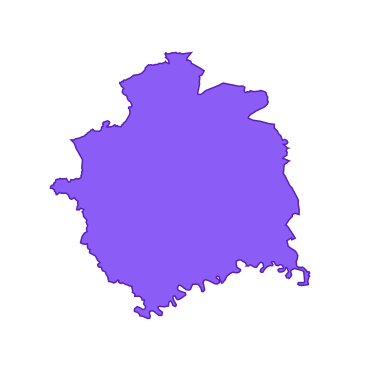 the district of Tepalcatepec, Michoacán, Mexico, rotated 106°
{"feature_id": "50627088B49343756541823", "entity_name": "Tepalcatepec", "entity_type": "district", "adm_level": 2, "iso_a3": "MEX", "parent_name": "Mexico", "parent_adm1": "Michoacán", "projection": "natural_earth1", "projection_center": [-102.812, 19.079], "detail": "fine", "context": "isolated", "style": "filled", "palette": "violet", "viewbox_px": 384, "rotation_deg": 106, "n_neighbors": 0, "source": "geoboundaries", "source_scale": "gbopen_adm2", "svg_char_len": 6000}
<svg xmlns="http://www.w3.org/2000/svg" viewBox="0 0 384 384"><g transform="rotate(106 192 192)"><path d="M76.4,148.0L75.6,149.6L75.5,154.1L76.8,156.0L78.6,160.7L78.5,164.0L79.8,164.1L80.4,166.6L81.5,167.2L81.5,168.7L81.0,169.2L79.2,170.0L77.0,170.0L76.2,171.7L76.5,174.0L77.1,174.6L77.5,176.7L78.7,192.1L82.6,196.2L90.7,206.7L95.2,209.8L96.1,211.0L96.3,213.4L95.5,213.8L86.1,214.5L83.9,215.4L80.2,215.9L78.9,217.1L76.6,214.6L72.2,213.7L70.8,218.1L68.5,227.8L66.7,229.3L66.2,232.2L66.9,233.0L66.6,233.5L64.4,233.7L58.3,231.1L62.2,240.0L61.6,242.1L62.3,242.5L62.7,244.8L62.3,245.6L62.5,246.6L63.2,247.4L63.5,249.4L64.7,250.7L66.1,253.9L65.4,255.4L66.8,256.0L68.5,254.1L70.1,254.5L70.5,252.3L71.5,251.7L71.6,250.9L74.6,249.6L75.0,248.9L74.6,252.7L73.9,253.3L74.6,253.5L76.0,255.5L76.7,255.6L77.4,259.1L78.7,259.9L79.9,263.2L80.9,264.1L81.0,266.8L81.8,267.8L81.7,268.9L85.6,271.1L87.3,270.7L91.5,272.9L94.0,275.9L95.9,280.4L99.9,283.1L100.3,284.2L102.9,286.7L103.1,288.2L103.9,288.8L104.9,288.5L105.1,289.8L106.4,290.6L106.7,291.6L107.9,291.1L108.4,290.1L109.6,289.3L111.4,286.1L113.0,286.7L115.2,286.6L116.5,285.2L117.8,280.9L120.1,279.8L121.5,278.3L122.4,275.8L125.3,273.5L126.9,273.8L127.7,276.0L128.2,276.2L129.0,276.1L129.5,275.1L131.2,274.1L133.9,273.2L135.3,273.4L142.2,275.1L144.9,276.9L146.0,277.0L146.7,277.7L148.9,278.3L149.3,281.4L148.8,282.0L149.9,283.4L148.8,284.1L148.9,285.2L150.3,285.9L152.2,288.8L152.3,290.4L153.0,291.7L152.2,291.8L150.7,290.8L148.0,290.2L147.3,290.8L146.8,292.6L149.4,296.4L150.8,296.7L153.1,295.5L154.7,296.9L156.1,296.4L157.9,296.7L159.3,298.2L160.2,302.3L159.1,304.6L159.6,304.7L160.2,306.1L161.7,306.6L164.1,308.8L165.1,308.9L166.6,310.3L167.9,310.8L169.7,313.5L170.8,314.5L173.0,318.6L174.3,319.6L175.3,322.6L177.4,318.8L182.2,315.2L191.2,306.1L199.4,304.6L201.6,302.9L202.7,303.7L204.6,302.9L206.6,303.2L208.6,302.7L209.3,303.0L211.0,305.3L210.8,306.8L213.1,309.4L213.5,311.9L216.1,312.0L216.4,313.6L213.7,316.5L215.5,321.2L215.3,322.7L216.1,323.2L216.9,325.1L217.8,326.2L220.6,326.1L221.3,327.2L223.6,327.0L224.0,328.3L225.6,329.4L227.2,329.2L227.4,328.6L226.8,326.4L227.6,326.1L227.9,324.9L229.3,324.3L229.9,322.9L231.9,321.9L231.9,321.2L228.9,319.1L229.2,317.1L227.8,312.6L228.9,310.2L231.9,307.6L232.2,305.8L229.9,303.2L231.2,302.0L232.3,299.0L234.3,298.8L236.2,297.8L237.6,298.3L240.8,298.0L240.2,295.2L238.4,294.9L238.5,291.4L239.5,291.2L241.4,292.1L242.6,290.7L245.5,289.5L247.9,285.3L250.1,285.4L251.7,284.4L252.6,283.1L256.8,283.2L259.0,281.8L261.1,284.0L265.4,285.4L271.5,285.2L272.0,283.1L271.6,279.5L270.6,278.8L270.8,278.1L274.3,277.1L275.1,276.1L275.5,274.2L278.6,273.8L280.1,267.1L283.5,264.1L285.2,260.9L287.5,262.6L288.4,262.5L289.8,261.0L289.5,258.2L291.7,257.0L292.3,256.1L292.8,253.0L294.9,251.8L296.5,249.8L301.0,247.4L300.6,245.1L301.0,241.9L299.1,240.1L297.5,239.5L297.0,238.7L297.3,237.9L298.7,237.9L299.4,236.4L299.4,234.8L298.3,233.4L299.2,230.3L298.9,228.3L299.5,227.1L299.2,223.6L300.6,223.4L303.5,221.7L304.7,221.7L305.9,218.8L308.0,218.3L306.7,213.7L307.5,211.4L309.6,210.2L309.0,207.9L313.0,207.6L315.1,204.8L317.4,205.0L318.6,207.1L317.8,209.3L317.3,213.0L319.5,214.7L321.1,215.0L322.6,214.3L322.7,210.9L324.5,208.3L325.4,207.9L325.0,205.8L325.7,199.6L325.3,198.3L324.7,197.8L322.6,198.0L320.8,199.3L319.1,199.8L318.1,199.3L317.2,197.7L317.2,195.8L319.8,189.7L318.9,187.1L315.8,187.3L313.9,191.7L312.1,193.1L310.8,191.7L310.1,187.2L308.1,183.2L305.2,183.8L303.9,183.7L303.0,183.1L302.7,182.3L303.5,181.1L306.1,179.2L306.8,176.7L306.0,176.0L305.0,176.0L304.2,176.5L301.2,179.6L298.8,181.3L297.2,181.3L296.7,179.5L299.1,177.3L299.4,175.7L297.3,173.3L292.6,169.6L290.9,170.6L290.4,177.4L289.7,178.8L287.7,179.6L285.6,179.1L284.9,178.2L285.0,176.9L287.5,170.9L287.0,167.9L286.2,166.7L280.6,166.0L279.0,161.2L279.6,159.8L282.1,156.8L284.9,155.2L284.9,154.4L284.4,153.5L282.6,152.9L275.9,156.4L274.3,156.2L272.9,155.3L272.5,154.5L272.7,150.7L273.8,145.2L273.8,143.6L273.1,141.9L271.9,140.9L269.7,140.9L267.9,144.7L267.2,145.3L265.8,144.4L266.1,142.5L271.2,138.8L271.4,138.4L270.9,137.6L267.3,135.9L263.3,135.4L259.7,132.7L257.9,130.8L257.3,126.6L256.2,124.8L254.3,123.7L253.2,124.0L252.0,128.2L247.4,130.3L246.0,130.1L243.9,127.4L243.9,126.3L245.3,121.2L246.6,119.7L247.5,119.2L248.1,119.5L247.6,117.3L246.2,116.3L245.9,115.6L247.0,111.5L246.5,109.2L241.8,107.6L240.6,106.3L240.5,105.1L241.5,103.8L244.2,102.5L247.3,104.5L249.3,104.6L250.0,103.6L249.9,102.4L249.5,101.8L246.3,101.0L243.2,99.2L241.0,96.6L240.9,94.8L240.5,94.2L239.3,94.3L237.7,96.4L237.2,96.3L236.3,94.0L239.1,91.3L239.2,88.9L237.6,87.6L237.4,86.7L237.5,85.4L238.6,83.7L239.7,83.4L240.6,83.9L241.6,86.9L242.9,87.9L244.0,87.4L244.8,86.2L244.5,84.7L243.1,82.1L240.5,80.9L238.9,81.1L238.5,80.4L238.8,79.5L242.2,77.2L246.6,79.0L248.4,77.1L248.0,75.6L248.4,75.1L247.0,74.0L244.7,73.4L243.7,73.6L241.7,75.1L240.1,75.2L238.8,74.2L237.3,72.5L237.1,64.9L237.6,62.7L247.3,58.9L248.4,59.9L249.7,64.7L251.4,64.9L252.1,63.1L251.6,60.8L249.1,54.8L248.6,54.6L246.0,56.1L241.7,56.3L240.4,55.8L239.9,57.2L237.7,56.6L236.7,57.0L236.6,58.2L237.1,59.3L236.1,60.2L234.4,63.0L233.8,65.3L234.6,66.4L234.6,67.9L235.3,68.3L234.2,71.1L229.9,72.7L227.4,72.3L224.0,72.8L221.4,75.0L220.1,77.0L218.4,82.8L217.5,84.6L212.7,87.4L208.7,83.8L210.4,82.8L207.9,80.0L199.2,89.9L197.8,92.3L197.9,92.9L192.0,91.1L187.9,88.8L186.0,89.4L184.1,87.2L184.1,82.8L178.8,84.4L174.2,86.6L170.9,87.4L169.4,88.5L160.4,97.1L159.1,99.6L151.0,106.9L149.3,109.2L140.7,110.9L138.7,109.9L138.3,109.0L136.4,108.1L135.3,107.0L134.6,113.9L133.0,113.2L130.5,111.0L127.7,111.5L126.9,112.1L126.6,112.9L124.2,112.7L123.3,111.5L123.4,113.0L122.5,114.0L121.0,117.2L120.3,115.2L119.4,114.0L117.8,113.6L116.2,115.3L115.9,117.3L117.1,119.0L116.0,120.4L113.7,121.9L111.9,125.1L110.0,126.5L107.9,130.4L104.3,131.5L105.1,137.0L105.2,146.0L106.2,153.0L105.5,158.2L103.7,158.4L101.5,157.1L96.6,152.9L90.1,145.6L86.8,143.8L84.1,143.6L83.2,144.8L79.8,145.4L78.5,147.0L76.4,148.0Z" fill="#8b5cf6" stroke="#5b21b6" stroke-width="1.5"/></g></svg>